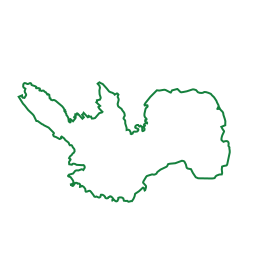 outline of Nghi Loc, Nghệ An, Vietnam, rotated 163°
{"feature_id": "81297802B50427055609681", "entity_name": "Nghi Loc", "entity_type": "district", "adm_level": 2, "iso_a3": "VNM", "parent_name": "Vietnam", "parent_adm1": "Nghệ An", "projection": "mercator", "projection_center": [105.64, 18.794], "detail": "fine", "context": "isolated", "style": "outline", "palette": "green", "viewbox_px": 256, "rotation_deg": 163, "n_neighbors": 0, "source": "geoboundaries", "source_scale": "gbopen_adm2", "svg_char_len": 5893}
<svg xmlns="http://www.w3.org/2000/svg" viewBox="0 0 256 256"><g transform="rotate(163 128 128)"><path d="M197.9,100.6L198.1,100.1L198.7,100.2L199.2,99.9L199.3,99.4L199.1,99.1L197.3,97.8L197.1,97.3L196.2,94.7L195.9,93.2L196.0,92.4L196.1,91.9L196.5,91.2L198.5,90.7L199.1,90.8L199.2,90.2L198.8,90.1L198.3,89.1L197.9,88.8L197.3,88.8L194.5,90.9L193.2,90.6L192.7,90.2L192.5,89.5L191.2,89.3L190.4,88.2L190.4,87.7L190.7,86.5L191.0,86.1L191.1,85.8L190.2,85.7L189.4,86.2L189.0,86.1L188.6,85.9L187.5,84.5L186.7,82.3L187.1,79.9L186.9,79.4L186.0,79.2L183.7,79.3L183.1,79.2L182.7,78.9L182.2,78.1L180.8,74.4L180.2,72.2L179.4,71.7L178.2,71.7L176.6,70.3L176.1,70.0L175.6,69.9L174.5,70.3L173.5,72.0L173.3,72.1L172.8,71.9L171.8,71.5L171.0,70.7L170.1,69.1L170.1,68.0L169.7,67.4L169.1,67.0L168.0,66.8L167.5,66.9L167.0,67.5L166.7,67.6L165.7,67.5L165.2,67.9L164.5,67.7L163.6,66.5L162.9,64.9L163.2,64.1L164.1,63.7L164.1,63.3L163.0,63.6L162.4,63.6L161.7,62.2L160.8,61.3L160.2,61.2L159.5,61.3L159.1,61.9L158.3,62.4L157.7,64.0L156.3,64.1L154.3,63.4L153.1,62.1L153.2,59.7L151.3,58.8L150.1,58.6L149.2,57.4L148.0,57.2L146.4,57.2L145.6,56.9L143.4,58.7L141.7,60.7L140.4,63.0L136.0,64.3L131.2,66.6L130.9,66.5L130.5,66.1L130.4,65.4L130.3,63.4L129.8,63.5L128.2,65.9L127.9,66.6L127.8,67.5L129.5,71.2L129.4,71.7L128.7,72.6L124.8,76.1L124.1,76.5L122.6,76.6L119.7,76.6L118.5,76.6L116.9,75.8L115.8,75.7L114.2,76.0L112.8,77.3L109.1,78.7L102.5,79.7L101.6,80.2L100.2,81.7L98.5,81.6L93.1,80.5L86.0,80.9L84.5,80.1L83.9,79.4L83.3,76.2L83.5,73.0L83.1,72.2L82.6,71.7L79.8,70.2L79.1,66.1L77.6,61.1L75.6,59.4L63.2,55.4L61.7,55.0L60.0,54.8L59.5,55.0L58.4,56.1L57.1,56.6L54.3,56.8L51.9,56.2L51.1,57.4L50.4,61.1L49.3,63.6L47.6,63.7L45.0,63.4L44.5,63.5L43.7,64.3L37.9,74.8L37.4,76.4L37.0,79.0L36.7,79.6L36.7,80.1L37.1,81.1L37.1,81.7L36.2,83.9L36.2,85.2L36.6,86.0L37.3,86.6L39.0,87.0L40.7,86.9L42.0,88.9L42.1,89.4L41.7,90.6L41.0,91.9L40.0,93.4L37.2,96.5L37.1,97.1L37.8,99.0L38.4,101.8L34.2,102.2L32.9,106.1L32.8,108.5L32.9,112.6L32.6,114.5L32.9,116.0L33.9,117.8L34.5,119.5L34.6,120.2L35.4,119.6L36.2,120.1L36.7,120.0L36.9,120.2L35.0,122.3L34.8,123.1L35.4,126.4L35.5,128.1L36.7,132.2L38.2,134.9L38.8,136.4L40.8,138.1L42.9,139.5L44.5,140.1L46.1,139.8L47.4,140.0L49.2,140.7L50.7,141.8L51.8,144.3L53.2,145.3L54.1,145.8L54.8,146.0L61.0,145.9L64.9,146.3L66.7,146.6L67.4,147.2L69.3,150.8L69.8,150.9L74.9,151.1L76.7,149.4L77.0,149.5L81.0,153.4L82.2,154.0L87.0,154.6L89.4,155.6L97.6,151.2L104.0,146.8L105.4,145.5L105.4,144.7L103.0,144.2L102.8,144.0L102.9,143.0L103.3,142.5L104.9,141.8L105.6,141.2L108.0,137.0L108.6,135.4L108.7,134.1L108.5,133.1L107.7,131.5L107.7,130.9L108.1,130.5L108.5,130.7L109.1,130.6L109.6,129.6L109.4,128.6L108.3,127.9L108.2,127.4L108.4,126.9L109.3,127.4L110.3,127.3L111.6,126.7L111.7,126.2L111.1,125.4L111.5,125.0L112.0,125.2L112.8,124.7L112.4,122.5L112.8,121.3L113.7,120.8L114.8,120.7L115.0,120.8L115.1,121.5L114.3,124.2L114.4,125.4L115.3,126.4L115.8,126.0L116.3,126.0L116.7,126.1L117.4,127.9L118.5,128.2L119.6,128.0L120.2,127.7L120.9,126.8L120.8,126.0L118.6,124.0L118.6,123.2L119.3,122.4L120.3,122.0L121.7,122.2L123.1,122.8L123.7,122.7L124.3,122.4L125.3,121.3L126.7,121.2L127.1,121.7L126.7,122.9L126.8,123.4L127.2,125.3L128.1,126.2L129.3,126.5L129.9,126.5L129.3,128.6L129.3,133.2L128.6,135.6L128.6,136.1L129.5,138.3L129.0,139.3L127.5,140.7L127.2,142.5L127.2,143.4L127.4,144.3L128.3,146.7L128.6,148.2L130.8,151.1L131.1,152.2L130.9,154.0L128.7,157.6L128.5,158.9L128.8,160.7L128.5,161.4L127.4,162.7L128.0,164.0L128.5,164.3L131.0,163.8L131.3,164.8L131.9,165.5L133.2,166.7L134.2,167.3L135.4,168.5L136.7,171.8L139.3,177.4L141.2,179.1L141.9,180.0L143.1,179.7L144.1,179.2L143.0,177.0L143.0,175.5L143.0,174.8L144.4,172.2L145.3,168.5L145.2,165.3L145.5,164.5L146.6,163.3L149.6,163.6L149.8,162.4L150.8,161.9L148.2,157.3L150.2,156.7L149.8,154.9L147.7,150.9L148.4,150.5L151.1,150.6L156.5,147.2L158.1,147.2L159.8,147.6L160.0,149.7L161.2,149.9L162.1,151.2L162.5,151.0L162.7,150.1L163.0,150.0L163.3,150.0L166.0,155.5L167.0,154.5L168.0,154.1L167.1,151.1L168.9,150.2L171.8,156.3L172.4,156.9L172.8,156.7L173.1,155.9L174.1,156.5L174.4,156.5L174.3,155.6L174.9,153.7L175.2,153.8L175.7,154.6L176.4,154.1L175.7,152.5L178.6,150.5L180.5,153.4L180.8,153.4L180.7,152.1L181.1,150.7L181.4,150.3L181.7,150.3L182.1,150.5L182.7,151.6L182.2,154.7L182.2,155.4L182.6,157.3L183.1,158.3L182.9,159.6L183.4,161.5L182.9,161.8L182.8,162.0L183.9,162.9L183.7,163.5L183.1,163.8L183.6,164.8L183.8,166.0L184.6,168.0L189.4,175.4L190.7,176.5L192.2,176.6L193.5,177.7L193.5,179.0L194.2,179.3L193.6,182.8L194.4,183.6L194.7,183.3L195.3,183.5L196.1,186.1L196.9,186.8L197.8,188.4L198.5,188.7L199.8,188.7L200.3,189.2L201.6,189.7L201.7,190.1L200.8,191.0L200.9,191.6L201.7,192.2L204.1,192.9L204.2,193.2L203.8,193.7L203.7,194.2L204.7,195.2L207.5,197.2L207.7,197.6L207.6,198.7L207.8,199.1L208.3,199.5L208.7,199.6L210.5,199.3L211.0,199.4L211.5,199.6L212.7,200.7L213.9,201.2L214.5,201.0L215.3,200.4L216.1,198.4L216.0,197.2L214.6,195.6L216.0,193.5L216.1,192.9L216.1,192.1L215.6,190.0L215.9,189.1L218.2,187.1L218.7,187.5L219.5,187.5L220.1,188.4L219.8,190.2L223.4,189.8L221.3,182.0L220.2,179.7L218.2,174.4L215.1,168.9L214.5,167.4L213.6,161.5L212.3,161.0L209.2,156.9L208.3,156.2L207.5,155.1L203.8,151.6L200.4,145.1L200.5,144.4L201.6,143.5L201.5,142.2L201.1,141.5L199.5,140.4L196.7,137.5L195.6,137.5L195.0,137.7L194.8,138.7L194.5,139.0L193.9,139.2L192.1,136.7L191.5,134.8L189.1,131.4L188.9,129.2L188.5,128.4L187.5,128.3L186.9,127.9L186.7,127.5L186.4,125.6L185.7,124.0L185.5,123.1L185.9,121.3L187.2,120.1L188.4,119.8L189.5,118.8L191.7,117.8L193.2,116.4L192.9,115.7L192.3,115.3L192.1,114.8L192.4,114.3L194.1,113.0L194.4,112.5L194.8,110.5L192.4,109.3L191.5,109.9L190.5,109.8L189.3,109.2L187.9,107.8L183.1,106.0L181.3,105.5L180.7,104.1L181.0,102.7L183.0,100.9L183.7,101.7L184.6,102.1L187.8,101.9L189.9,102.6L191.1,102.4L193.8,100.5L197.9,100.6Z" fill="none" stroke="#15803d" stroke-width="2"/></g></svg>